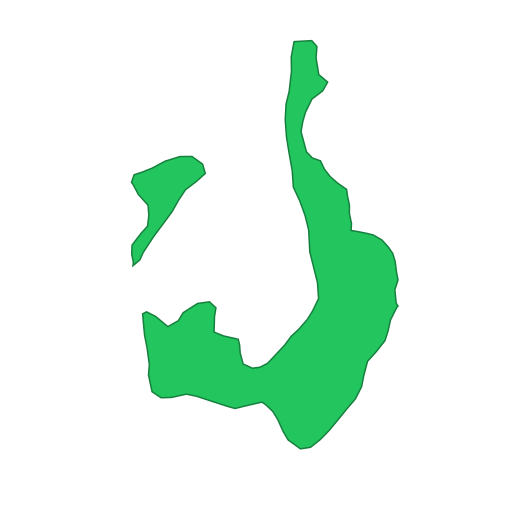 Lankaran District, Lankaran, Azerbaijan, rotated 166°
{"feature_id": "54616110B17009633679109", "entity_name": "Lankaran District", "entity_type": "district", "adm_level": 2, "iso_a3": "AZE", "parent_name": "Azerbaijan", "parent_adm1": "Lankaran", "projection": "equal_earth", "projection_center": [49.011, 39.075], "detail": "fine", "context": "isolated", "style": "filled", "palette": "green", "viewbox_px": 512, "rotation_deg": 166, "n_neighbors": 0, "source": "geoboundaries", "source_scale": "gbopen_adm2", "svg_char_len": 1878}
<svg xmlns="http://www.w3.org/2000/svg" viewBox="0 0 512 512"><g transform="rotate(166 256 256)"><path d="M130.3,173.0L131.4,176.3L129.4,189.7L124.0,198.4L123.6,205.9L122.3,217.2L122.7,225.4L125.6,233.0L129.9,241.0L137.0,247.9L142.7,251.0L151.0,254.9L157.6,257.8L155.5,264.3L155.1,274.6L153.0,282.9L152.8,291.0L152.0,298.7L159.4,307.3L164.7,314.9L168.6,323.6L170.4,332.7L170.5,332.7L177.7,337.6L181.8,344.8L182.0,352.6L182.2,365.8L178.0,375.3L173.1,383.6L163.8,394.7L151.2,400.2L144.4,407.4L151.2,416.8L149.8,433.6L146.2,444.5L149.8,451.5L167.2,454.8L173.7,440.5L176.9,426.6L184.0,407.7L190.1,396.1L194.7,381.1L197.6,364.2L198.9,349.3L200.2,330.1L203.1,313.8L200.2,298.9L198.6,283.4L198.6,268.5L202.8,247.0L202.8,224.2L202.8,215.3L205.6,199.5L214.4,189.0L221.6,182.0L232.2,174.6L241.4,169.5L249.5,162.8L261.9,154.7L270.9,149.0L279.2,147.1L286.6,148.0L294.6,154.3L294.8,165.9L293.4,173.7L293.4,179.5L307.0,186.4L315.1,192.3L310.9,207.3L307.4,215.4L312.2,222.8L324.1,224.1L340.4,218.6L347.0,212.0L358.6,208.8L367.9,221.5L375.7,228.3L380.0,227.3L381.5,217.9L383.3,205.9L383.9,193.3L385.8,176.3L389.1,166.5L389.7,149.5L382.4,141.4L372.2,139.2L356.9,138.8L347.3,134.1L332.9,125.0L319.7,116.8L313.2,113.1L302.8,113.1L285.6,112.8L282.5,109.3L277.3,101.1L274.5,92.3L272.1,79.1L269.3,69.7L259.5,58.1L249.4,57.2L238.3,62.2L227.6,68.8L216.5,76.9L204.8,85.7L194.1,93.3L185.2,103.6L180.3,114.0L173.2,126.9L162.4,134.1L151.4,142.6L146.1,151.1L140.9,161.5L131.7,172.2L130.3,173.0ZM377.7,276.4L369.6,280.3L364.8,286.5L358.0,292.8L350.2,300.0L337.2,310.6L326.7,319.3L317.2,329.3L308.3,337.4L295.9,342.7L285.2,348.4L285.6,358.1L294.1,368.1L305.8,370.9L321.3,370.0L335.4,366.4L346.3,364.9L354.6,364.3L359.0,357.6L357.9,354.9L355.3,344.3L348.5,331.4L350.1,321.5L354.0,311.2L362.3,305.6L373.6,296.6L376.2,287.7L376.5,279.7L377.7,276.4Z" fill="#22c55e" stroke="#15803d" stroke-width="1.5"/></g></svg>